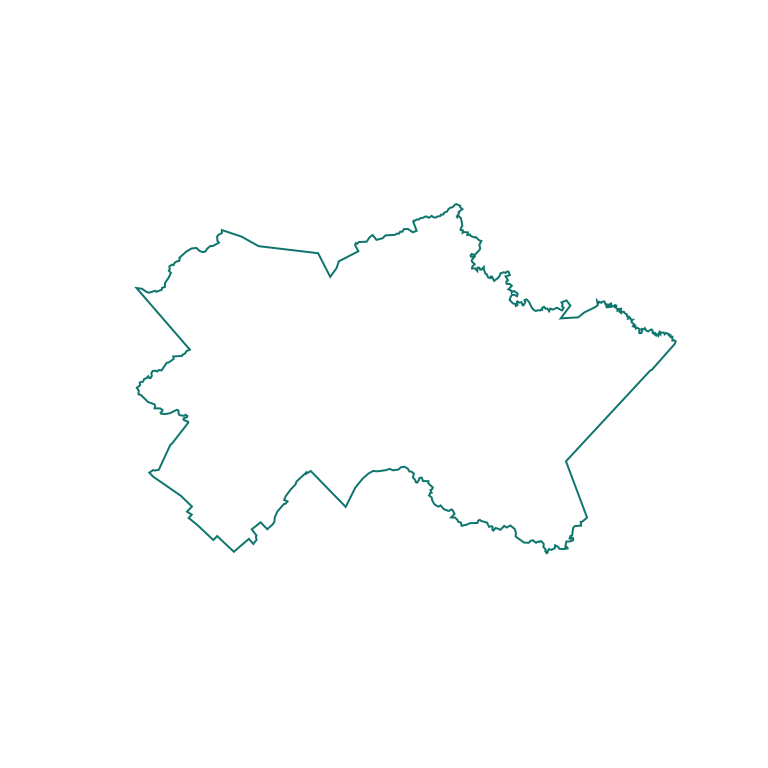 outline of Light, South Australia, Australia, rotated 223°
{"feature_id": "25037944B8971178176615", "entity_name": "Light", "entity_type": "district", "adm_level": 2, "iso_a3": "AUS", "parent_name": "Australia", "parent_adm1": "South Australia", "projection": "robinson", "projection_center": [138.756, -34.41], "detail": "fine", "context": "isolated", "style": "outline", "palette": "teal", "viewbox_px": 768, "rotation_deg": 223, "n_neighbors": 0, "source": "geoboundaries", "source_scale": "gbopen_adm2", "svg_char_len": 6154}
<svg xmlns="http://www.w3.org/2000/svg" viewBox="0 0 768 768"><g transform="rotate(223 384 384)"><path d="M198.7,611.8L199.9,614.2L201.4,614.0L202.6,612.4L205.3,615.2L206.3,613.8L207.6,615.0L208.1,613.9L209.3,614.0L209.6,614.8L212.7,613.6L212.6,611.8L214.6,612.3L216.0,610.8L217.8,610.3L215.8,608.7L217.5,608.4L216.2,606.3L219.2,606.2L218.3,605.0L219.4,604.9L220.5,606.2L221.3,605.8L220.3,604.8L222.4,604.5L224.7,606.6L225.9,606.0L226.7,602.7L228.2,602.0L231.4,602.7L231.2,601.1L232.8,600.3L230.4,597.0L232.0,595.4L233.6,596.8L234.1,598.6L236.9,597.9L237.6,596.3L239.4,597.7L239.7,596.5L241.4,596.0L241.5,598.3L245.0,598.0L246.0,599.1L245.9,600.6L247.2,599.4L248.9,600.3L250.1,598.3L250.9,600.2L252.4,599.2L253.7,600.5L256.3,599.9L257.7,600.4L259.3,599.1L258.8,597.7L260.9,597.5L261.1,599.6L262.0,600.7L263.5,598.9L262.9,597.5L263.2,596.8L264.3,597.9L266.0,598.0L267.7,599.8L269.7,598.9L268.1,598.8L267.3,597.8L269.7,597.2L270.5,595.3L271.4,595.5L271.5,596.9L272.8,597.7L274.0,594.6L272.5,595.3L271.7,593.9L273.5,591.9L274.6,592.4L274.1,593.6L275.0,594.4L276.8,593.4L279.0,594.7L280.4,593.3L280.4,591.7L282.5,590.9L282.4,589.7L284.7,590.1L281.4,587.4L282.0,584.2L286.3,573.0L287.4,565.2L299.5,552.5L301.2,568.5L307.6,569.6L309.9,564.7L307.9,564.3L306.8,562.3L304.6,562.3L304.0,559.2L309.6,557.7L311.1,553.7L313.8,552.5L312.9,549.8L316.0,550.6L317.1,549.2L319.6,549.6L320.3,547.8L318.9,546.1L320.0,545.5L320.0,544.2L321.5,543.2L322.8,540.9L324.9,540.3L328.3,540.7L333.8,542.9L337.5,543.1L338.5,541.1L336.3,540.0L335.7,536.5L336.5,536.2L339.3,537.6L340.5,535.8L342.8,535.3L342.8,534.5L340.2,532.8L340.8,531.0L342.6,532.1L344.6,530.9L349.4,531.1L350.9,534.3L351.1,536.3L349.7,538.0L346.5,539.0L347.9,541.3L352.3,540.7L353.1,539.3L352.9,537.9L354.8,539.1L357.6,538.0L357.5,543.0L360.3,542.9L362.4,541.0L363.4,541.4L364.4,542.4L364.1,544.5L368.5,545.6L366.2,549.4L369.3,551.0L370.7,550.4L370.8,548.2L372.6,547.5L374.3,544.2L373.4,542.8L372.9,539.6L373.8,534.5L378.3,536.2L379.2,535.3L378.3,534.1L380.8,532.9L383.3,534.3L384.8,533.8L388.7,535.6L390.8,537.6L390.8,533.8L391.6,533.3L393.7,534.1L394.9,532.9L392.8,530.3L396.1,530.7L398.5,528.5L399.6,530.4L399.4,533.5L403.2,533.5L404.3,534.4L404.6,538.7L407.1,536.5L408.0,536.7L408.5,537.7L408.5,539.0L405.6,540.0L405.6,547.5L406.3,549.0L409.0,550.6L410.4,555.0L412.2,554.0L417.2,554.1L417.7,552.9L421.9,551.3L423.0,551.9L424.7,549.8L426.0,552.1L429.2,549.6L429.6,548.2L431.1,550.1L432.9,548.9L433.8,549.7L434.7,553.2L440.7,557.7L444.6,557.7L444.2,555.9L444.9,556.1L445.5,559.9L446.7,560.6L445.9,565.4L448.7,565.2L449.8,566.3L453.8,564.9L454.4,563.7L454.3,560.1L455.5,558.7L456.2,556.0L455.5,553.2L456.9,550.2L456.2,548.4L457.9,546.5L457.4,545.2L459.3,542.7L459.6,541.1L461.2,539.8L463.9,539.4L464.5,536.2L467.7,535.2L469.3,531.3L470.4,530.3L470.9,527.6L472.3,526.7L472.9,524.2L473.7,523.8L473.4,522.7L464.6,518.3L466.4,514.6L472.2,513.7L475.1,510.8L474.4,507.9L476.1,506.3L475.5,504.5L477.0,502.9L477.9,500.3L484.3,493.7L484.4,489.6L487.8,484.3L493.9,485.2L494.6,481.8L493.8,476.2L499.4,470.5L499.2,468.4L500.7,467.9L499.9,465.9L493.3,463.6L500.7,442.9L497.7,436.3L496.4,425.7L521.4,434.7L569.7,399.3L588.8,394.6L607.6,386.0L605.5,383.9L606.9,379.9L606.6,378.0L603.6,375.2L601.1,374.8L603.3,368.1L605.1,366.5L605.6,362.4L605.1,358.7L606.9,356.6L609.6,355.6L614.1,355.5L617.2,351.8L618.9,345.9L619.7,336.8L618.8,336.4L617.7,334.1L618.9,332.8L619.8,330.3L619.0,327.4L620.4,326.8L621.2,323.6L618.9,321.7L618.6,320.1L615.6,319.9L614.1,315.2L613.0,308.4L610.4,305.5L611.9,303.0L610.8,301.3L613.4,296.2L614.9,296.1L618.1,290.5L620.3,289.4L626.0,288.6L630.4,285.4L549.4,276.7L550.9,273.3L550.3,270.4L551.3,268.0L550.9,266.8L556.9,260.4L554.9,258.9L556.2,253.0L557.4,251.3L555.9,242.2L558.1,240.8L558.4,238.4L559.9,238.1L562.1,235.8L561.4,233.2L559.3,231.6L558.8,229.1L559.8,228.3L561.7,228.9L561.7,226.2L562.8,224.3L561.9,221.4L563.7,218.6L561.5,216.7L562.2,212.6L558.7,211.8L556.6,209.1L554.0,210.2L544.3,209.9L538.0,212.6L536.6,212.0L535.2,209.7L531.1,213.5L528.3,213.9L527.7,213.1L527.8,210.6L526.5,210.4L523.6,212.7L520.7,216.5L517.9,223.9L516.1,224.4L513.8,222.0L512.1,221.9L508.6,224.3L508.1,226.2L505.9,226.5L505.5,225.2L507.1,222.3L506.8,221.5L505.6,221.2L501.5,222.8L500.8,222.3L498.4,195.7L498.8,193.9L490.2,167.6L492.6,164.4L494.1,163.6L495.2,159.1L489.8,158.8L456.2,163.7L440.9,163.4L441.0,156.3L435.5,157.3L435.5,152.8L424.6,153.6L402.4,153.5L402.3,159.0L379.4,158.9L377.2,178.6L370.5,177.9L370.9,183.1L373.4,184.8L373.8,186.2L381.6,187.5L379.9,198.7L370.3,198.2L369.7,205.5L370.2,208.5L372.9,211.8L375.0,218.1L375.4,227.9L374.4,229.2L374.5,232.3L377.9,231.1L379.3,234.6L380.3,242.9L380.2,250.1L381.5,253.1L380.5,266.2L379.7,265.3L378.2,270.4L328.2,268.0L334.3,288.6L335.1,300.5L334.3,307.9L332.7,312.9L329.3,315.6L323.8,322.3L322.0,325.8L318.7,326.9L315.1,331.3L314.9,334.5L312.5,337.6L308.8,338.3L305.8,337.4L304.2,338.6L300.9,338.8L299.2,335.4L295.5,335.0L293.7,333.9L292.5,334.4L292.9,337.5L294.0,339.3L293.3,340.6L292.4,341.2L289.3,339.6L285.2,343.2L283.9,341.6L277.7,341.6L277.1,340.3L277.7,338.1L275.0,337.0L275.9,335.6L275.0,333.2L272.0,333.6L268.8,331.5L264.8,330.4L260.5,331.4L259.8,333.8L254.8,333.3L250.7,334.9L249.6,336.1L249.4,338.0L248.3,338.6L243.9,337.2L243.9,332.2L240.8,334.8L237.5,334.7L235.9,333.8L233.2,335.1L230.6,333.2L227.3,338.0L226.4,340.6L220.9,346.1L222.0,348.3L221.2,350.0L219.5,350.1L214.1,352.9L209.8,351.2L208.1,353.6L206.8,353.4L205.5,351.4L204.1,351.3L204.1,355.0L199.4,356.8L199.3,362.2L196.4,362.7L195.1,366.7L189.6,367.1L186.2,365.2L183.6,362.2L173.3,363.6L169.8,366.7L169.9,369.2L168.6,371.2L164.5,371.6L164.1,373.6L162.6,374.4L162.4,375.9L161.3,376.3L158.0,375.9L156.3,373.5L152.7,373.2L152.1,371.7L149.6,371.2L149.4,372.4L150.2,373.1L150.7,375.8L148.5,376.8L147.1,380.4L148.8,382.8L145.4,383.6L143.2,383.1L139.9,385.9L137.6,389.0L138.6,389.5L140.4,388.6L143.2,393.2L140.8,395.5L139.2,398.1L139.3,399.2L140.9,400.3L141.9,399.6L141.7,398.0L143.0,397.7L142.9,398.9L144.0,399.6L143.3,401.7L147.5,407.8L147.6,410.1L143.3,414.8L146.1,417.3L145.1,418.5L144.4,424.8L198.2,451.6L198.5,575.2L197.8,577.1L198.7,611.8Z" fill="none" stroke="#0f766e" stroke-width="2"/></g></svg>